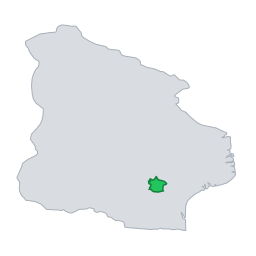 location of Ekiti within Nigeria, rotated 272°
{"feature_id": "NGA-2854", "entity_name": "Ekiti", "entity_type": "State", "adm_level": 1, "iso_a3": "NGA", "parent_name": "Nigeria", "parent_adm1": "", "projection": "equal_earth", "projection_center": [5.414, 7.675], "detail": "fine", "context": "in_parent", "style": "filled", "palette": "green", "viewbox_px": 256, "rotation_deg": 272, "n_neighbors": 0, "source": "natural_earth", "source_scale": "10m", "svg_char_len": 4262}
<svg xmlns="http://www.w3.org/2000/svg" viewBox="0 0 256 256"><g transform="rotate(272 128 128)"><path d="M211.1,22.6L218.9,36.8L220.7,47.3L221.3,52.5L222.6,53.1L225.0,53.4L226.8,54.4L227.8,56.1L228.5,57.7L228.7,58.7L228.2,65.0L227.7,67.3L228.0,70.4L227.9,71.8L227.7,72.7L226.6,73.7L225.2,74.7L221.7,77.8L220.7,78.2L219.3,78.3L218.0,79.0L216.5,80.7L213.3,86.7L210.6,92.8L208.7,102.7L206.3,105.7L205.8,108.5L205.5,114.6L205.1,116.5L204.7,117.0L202.1,118.2L200.6,119.6L199.7,122.4L198.6,131.9L198.2,133.5L197.4,135.1L196.0,136.9L194.9,137.9L191.8,138.5L189.0,145.7L189.0,146.9L187.7,153.4L185.6,158.3L185.4,161.5L182.7,165.8L181.2,168.7L182.7,171.8L182.9,172.3L178.1,177.5L177.8,178.3L177.7,181.9L177.3,182.8L176.4,184.1L175.1,185.6L173.8,186.7L172.3,187.5L170.9,187.8L170.1,187.3L169.7,186.2L168.8,181.8L168.4,180.9L167.5,180.0L163.8,175.2L161.6,173.5L161.1,173.6L160.7,174.1L160.1,176.5L159.5,177.4L158.3,177.7L156.3,177.8L154.8,177.4L154.5,176.9L153.7,175.0L149.2,179.4L147.6,180.4L145.6,185.6L142.7,188.2L140.7,190.5L135.4,197.6L134.4,199.7L133.3,202.8L131.1,216.1L127.4,224.5L126.9,226.3L126.7,226.2L126.2,227.0L124.8,226.5L124.2,224.9L123.3,224.7L121.8,222.4L121.5,222.8L123.1,228.5L122.5,230.8L118.0,230.8L114.1,231.6L111.4,231.5L110.1,230.7L109.5,228.5L109.3,228.8L109.2,229.9L108.3,230.8L105.3,231.0L104.0,229.5L102.9,227.9L101.8,227.2L102.0,227.8L103.3,229.5L103.1,231.8L100.7,234.4L99.2,234.6L98.3,233.4L97.8,231.6L97.5,228.8L96.9,227.0L96.6,227.0L97.0,230.0L97.0,232.8L98.1,235.0L96.4,235.7L94.3,235.8L94.0,234.9L93.7,233.1L93.4,232.6L92.9,235.7L88.6,236.6L88.0,236.5L87.9,235.9L88.2,235.0L88.1,233.7L87.2,234.7L87.0,236.9L86.5,237.2L84.8,236.9L83.0,235.8L80.1,233.1L76.5,228.7L75.9,226.8L74.9,224.3L73.0,217.7L73.4,217.4L74.2,217.8L74.6,217.1L73.1,216.7L72.8,216.2L72.7,214.7L72.8,212.9L75.0,212.0L75.6,210.9L75.9,209.8L73.1,211.5L70.5,209.6L69.9,208.5L70.2,207.6L73.2,207.5L74.3,206.7L73.6,206.4L72.5,206.4L72.0,205.8L72.1,204.5L71.7,204.8L71.2,206.0L69.5,206.9L68.4,206.0L68.3,204.0L68.1,203.1L67.2,202.4L64.2,197.2L60.3,192.8L56.9,189.8L51.7,188.4L40.9,188.4L40.2,188.0L40.9,187.3L41.9,186.9L45.4,184.4L44.8,184.1L41.1,185.6L39.9,185.8L38.3,188.7L27.6,189.3L27.6,188.0L28.1,184.2L28.8,181.5L28.1,178.3L27.9,175.4L28.3,174.5L28.5,173.4L28.4,165.9L29.0,164.8L29.0,164.1L27.9,160.9L27.9,158.4L27.7,156.1L27.3,155.0L27.8,145.9L27.7,143.6L28.0,142.0L28.2,138.1L28.2,134.3L28.9,128.2L33.5,127.4L34.6,125.0L35.2,122.0L35.0,119.0L36.5,116.4L38.3,114.1L38.3,111.6L38.8,110.8L39.6,110.2L40.8,109.9L42.2,108.7L42.9,106.5L43.7,102.9L42.5,100.5L42.6,99.9L43.0,98.6L43.7,97.3L44.3,96.8L45.6,97.2L46.0,96.7L46.9,92.8L46.8,91.7L45.6,89.1L44.9,82.0L44.6,81.1L43.6,79.8L41.1,74.9L41.1,72.5L42.2,69.5L42.9,68.0L43.9,67.2L44.1,66.5L43.8,65.7L43.3,65.1L43.2,63.7L43.7,61.8L43.6,59.8L43.8,49.2L45.9,47.1L48.9,43.6L50.4,40.0L51.3,37.3L52.3,28.2L53.9,27.2L56.9,23.9L61.0,22.0L63.6,21.4L68.3,21.7L70.7,21.4L72.7,19.6L73.6,19.1L74.9,18.8L86.5,23.5L87.5,23.3L88.4,23.6L89.9,24.9L93.3,29.3L96.9,36.1L98.0,37.5L99.2,38.3L100.3,38.6L101.2,38.5L102.0,37.9L103.1,36.6L104.8,36.0L106.2,36.1L113.4,30.9L114.1,30.8L118.6,31.9L124.7,37.2L129.6,40.6L133.1,41.8L137.2,42.6L144.2,42.8L149.4,35.5L151.4,33.9L153.7,32.4L158.6,31.1L166.7,30.1L174.3,30.5L179.0,31.8L184.0,34.2L186.2,36.5L189.6,36.9L192.0,36.4L192.8,34.1L195.2,31.1L198.8,28.4L201.7,26.4L204.2,25.6L206.3,23.4L208.0,22.7L211.1,22.6ZM105.6,234.0L104.0,234.7L102.9,234.5L104.4,231.5L105.1,232.1L106.1,232.4L105.6,234.0Z" fill="#d9dde1" stroke="#a8b0b8" stroke-width="1"/><path d="M75.6,150.5L75.3,151.2L75.3,152.1L75.6,152.3L76.1,151.9L76.7,151.7L77.3,151.7L77.6,151.7L77.9,152.0L77.9,152.5L77.5,152.8L77.0,153.6L76.9,154.6L77.1,155.5L77.7,156.2L77.9,156.2L78.2,156.5L79.5,157.4L80.3,157.7L80.0,158.3L79.6,158.6L79.1,158.3L78.7,158.6L78.5,159.0L78.3,159.4L77.8,159.7L77.1,160.8L76.9,161.5L76.6,163.6L75.7,166.5L73.9,168.5L72.9,168.0L72.6,166.5L72.1,165.4L71.3,165.0L70.1,165.1L68.2,164.9L67.6,165.0L66.4,165.5L65.1,160.6L65.0,159.4L65.2,158.4L65.3,155.7L66.1,154.3L66.7,153.9L67.2,153.3L67.6,151.4L67.8,151.6L67.9,152.0L68.3,152.2L69.3,151.7L70.4,152.7L71.1,152.7L71.5,152.9L72.2,152.7L72.4,152.8L72.5,152.7L72.7,152.2L72.8,151.4L73.2,150.9L73.8,150.6L75.6,150.5Z" fill="#22c55e" stroke="#15803d" stroke-width="1.5"/></g></svg>